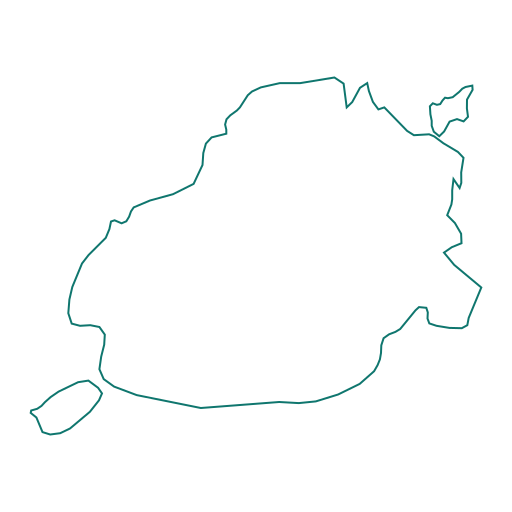 the Province of Bohol
{"feature_id": "PHL-2513", "entity_name": "Bohol", "entity_type": "Province", "adm_level": 1, "iso_a3": "PHL", "parent_name": "Philippines", "parent_adm1": "", "projection": "natural_earth1", "projection_center": [124.255, 9.856], "detail": "fine", "context": "isolated", "style": "outline", "palette": "teal", "viewbox_px": 512, "rotation_deg": 0, "n_neighbors": 0, "source": "natural_earth", "source_scale": "10m", "svg_char_len": 1857}
<svg xmlns="http://www.w3.org/2000/svg" viewBox="0 0 512 512"><path d="M451.8,247.2L444.0,252.6L454.2,264.9L481.3,287.5L468.7,317.9L467.3,325.2L461.8,328.2L449.4,327.9L436.5,325.8L429.3,323.4L427.5,318.5L427.8,312.4L426.3,307.8L419.0,307.1L415.5,310.3L400.2,329.0L395.4,331.9L389.1,334.3L383.6,338.2L381.3,345.3L381.0,353.0L379.9,359.4L377.6,365.1L374.1,371.2L359.7,383.9L338.1,394.5L315.8,401.4L298.8,403.1L279.2,402.0L200.8,408.0L136.7,395.1L114.1,386.6L103.7,379.1L99.4,369.2L101.2,356.6L104.2,344.7L104.8,334.6L99.4,327.0L90.3,325.2L80.0,325.8L71.7,323.6L68.3,313.2L69.4,299.5L72.3,287.0L82.0,263.5L88.5,255.1L105.8,237.8L109.4,229.1L111.0,221.5L114.6,220.3L121.6,223.3L126.3,221.3L129.1,216.7L131.0,211.4L133.7,207.4L150.0,200.5L173.0,194.2L193.6,183.9L202.5,165.0L203.3,153.0L205.9,143.6L211.6,137.4L226.3,133.7L226.3,129.7L225.1,124.5L226.5,119.3L230.3,115.3L236.9,110.5L239.9,107.4L247.8,95.2L252.0,91.5L260.8,87.4L279.9,83.1L300.3,83.1L334.4,77.5L343.6,83.6L346.7,107.4L352.2,102.1L360.0,87.8L367.2,83.1L368.9,91.0L372.9,101.9L378.4,109.4L384.3,107.4L407.1,130.9L413.9,135.2L429.1,134.3L434.2,136.4L443.3,143.2L458.0,152.0L463.5,157.8L461.2,172.4L461.3,182.9L459.6,188.0L453.5,179.1L452.2,190.3L452.2,199.3L451.4,204.5L447.2,215.2L454.9,223.0L461.1,233.7L461.5,243.2L451.8,247.2ZM88.4,380.6L98.1,387.8L102.0,393.4L99.0,400.3L89.9,411.8L70.0,428.5L60.2,433.2L50.2,434.5L42.5,432.1L36.4,417.5L30.7,412.9L31.2,410.5L37.2,408.8L41.5,405.9L44.9,402.2L50.6,397.1L58.6,391.6L78.1,382.2L88.4,380.6ZM472.6,89.8L467.0,99.6L466.9,108.4L468.0,116.8L463.6,121.4L457.0,119.1L449.6,121.6L444.1,131.5L439.3,136.2L433.8,131.7L431.7,125.8L431.7,120.8L430.4,114.3L429.9,106.3L432.8,103.3L436.9,104.8L440.2,104.1L442.5,100.5L445.0,97.7L447.9,98.2L452.7,97.2L459.2,91.9L462.3,88.7L465.5,87.0L472.3,85.6L472.6,89.8Z" fill="none" stroke="#0f766e" stroke-width="2"/></svg>